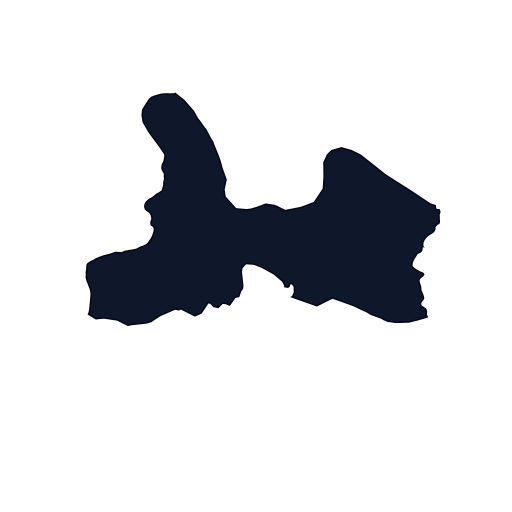 the district of At Tawilah, Al Mahwit, Yemen, rotated 304°
{"feature_id": "15242507B28032401565886", "entity_name": "At Tawilah", "entity_type": "district", "adm_level": 2, "iso_a3": "YEM", "parent_name": "Yemen", "parent_adm1": "Al Mahwit", "projection": "orthographic", "projection_center": [43.765, 15.463], "detail": "fine", "context": "isolated", "style": "filled", "palette": "ink", "viewbox_px": 512, "rotation_deg": 304, "n_neighbors": 0, "source": "geoboundaries", "source_scale": "gbopen_adm2", "svg_char_len": 4693}
<svg xmlns="http://www.w3.org/2000/svg" viewBox="0 0 512 512"><g transform="rotate(304 256 256)"><path d="M397.9,376.4L396.6,371.4L396.5,371.1L396.4,348.6L395.6,318.4L396.0,312.7L396.8,302.9L398.0,286.2L396.6,275.9L393.4,266.3L385.7,259.9L379.9,258.7L375.5,259.4L373.9,259.7L373.7,259.7L373.1,259.8L371.6,260.0L365.6,264.2L359.5,268.4L352.6,272.4L349.4,274.3L348.4,274.3L337.8,274.4L332.8,274.4L321.2,266.1L309.9,254.8L308.8,246.2L308.2,243.1L304.4,235.1L298.2,230.8L292.0,225.8L288.9,222.1L283.8,212.9L287.1,199.8L287.8,197.1L288.3,196.7L293.2,192.2L302.5,188.5L309.9,178.4L313.2,174.8L316.7,170.2L318.9,167.1L322.5,161.7L323.6,160.0L326.7,155.6L327.5,153.3L332.6,143.9L333.9,139.8L335.9,134.7L337.2,130.6L341.0,123.2L344.7,109.1L345.6,98.2L344.9,97.7L344.7,97.6L343.8,96.5L342.9,95.2L342.0,94.1L341.4,92.9L340.6,91.6L339.4,90.0L338.5,88.8L337.6,87.7L336.6,86.6L335.5,85.7L334.4,84.7L334.0,84.4L333.2,83.8L332.1,82.8L330.9,82.0L329.6,81.1L329.2,80.8L326.4,80.0L319.8,80.1L313.7,80.4L308.8,83.1L304.0,87.7L299.2,97.5L296.7,104.3L293.0,114.9L290.2,121.7L289.6,123.3L288.6,124.3L287.3,125.0L286.6,125.3L285.8,125.7L284.4,126.3L283.1,126.8L281.2,127.1L279.7,127.3L278.4,127.8L276.7,128.5L275.6,129.5L274.6,131.1L274.0,132.4L273.3,133.9L271.9,135.0L270.6,135.7L269.3,137.0L267.0,137.9L264.9,138.8L263.7,139.8L261.9,140.4L258.4,141.6L257.5,141.8L256.2,141.3L254.1,140.5L251.9,139.2L250.5,138.8L249.0,138.5L247.8,138.0L246.1,137.4L244.8,136.7L243.5,135.9L242.2,135.6L241.2,135.4L239.2,134.9L237.6,135.1L236.3,135.4L234.9,136.1L233.9,137.1L233.1,138.2L232.8,139.6L232.8,141.1L232.8,142.6L232.5,144.0L232.0,145.3L231.1,146.6L230.2,147.7L228.4,149.3L227.8,149.4L225.6,149.9L223.9,151.1L223.4,151.7L223.2,152.2L223.3,153.4L223.1,154.6L222.4,155.9L221.3,156.9L219.8,157.7L219.7,157.7L218.5,158.3L217.4,158.5L216.6,158.8L215.5,159.0L214.1,159.3L212.6,159.4L211.3,159.6L209.8,159.5L208.4,159.5L206.8,159.5L205.4,159.3L204.3,159.0L204.0,159.0L202.7,158.1L202.4,157.9L201.3,157.4L200.2,156.5L199.2,155.7L197.9,155.0L196.8,154.3L195.5,153.7L194.4,152.9L193.3,151.9L192.1,150.7L190.9,149.4L190.4,148.9L189.8,148.2L188.7,147.1L187.5,145.9L186.5,144.8L185.1,143.9L183.7,143.0L183.3,142.7L183.1,142.6L182.7,141.5L180.4,137.6L178.5,136.2L175.8,134.1L175.2,133.8L173.9,132.4L170.9,129.8L168.2,127.7L167.8,127.5L165.0,125.6L163.0,124.5L161.9,124.2L159.3,122.5L155.7,120.9L154.2,121.0L152.8,121.8L150.9,122.9L149.4,123.6L147.4,124.6L147.1,124.9L145.2,126.2L145.1,126.3L143.3,127.4L141.1,129.8L139.5,132.2L138.7,133.3L136.0,137.2L133.9,139.4L131.5,141.2L118.5,148.3L115.4,149.5L114.1,149.7L114.5,158.5L114.9,158.9L116.8,161.1L117.4,161.8L119.8,164.8L120.0,165.3L125.4,176.6L127.0,188.6L129.6,191.1L137.0,199.9L139.3,202.6L143.3,205.8L145.1,206.4L153.1,209.8L166.8,218.5L168.1,221.8L170.2,223.3L170.3,223.5L171.7,234.6L172.3,238.8L178.1,242.4L184.7,242.4L190.5,242.3L191.6,244.8L190.5,249.3L192.2,253.4L198.0,254.5L199.7,257.2L200.5,261.5L210.1,261.7L212.8,264.3L219.0,262.7L219.9,262.9L221.6,262.9L224.1,261.5L229.3,257.1L234.6,252.6L237.7,251.2L238.2,250.9L244.0,251.7L248.2,258.9L250.1,267.7L251.3,281.1L250.0,292.2L248.1,296.0L246.7,297.1L248.0,299.9L249.6,300.4L251.7,299.5L253.4,301.2L252.1,304.9L247.2,308.3L242.7,309.1L242.2,308.8L248.8,334.3L261.2,341.2L264.0,342.9L269.5,364.5L271.9,379.9L271.9,383.5L274.8,395.2L274.8,397.3L275.6,401.6L279.3,409.2L286.8,419.6L293.2,425.4L299.7,430.8L301.3,432.0L301.9,430.7L303.1,429.5L304.5,428.8L305.9,427.7L306.0,427.5L306.7,426.6L306.9,425.1L306.9,423.7L306.9,422.1L307.0,420.6L307.9,419.3L309.1,418.7L310.5,418.5L311.8,418.6L313.3,418.7L314.7,418.5L315.8,417.4L316.7,416.3L317.8,414.7L318.6,413.6L319.5,412.1L320.5,411.1L321.6,410.3L322.7,409.4L323.7,408.0L324.6,406.9L325.8,405.4L327.1,404.5L328.6,404.2L330.1,404.4L331.4,404.8L332.9,405.3L333.8,405.3L334.3,405.4L335.0,404.2L334.8,402.8L334.4,401.5L334.3,400.1L334.1,398.3L334.0,396.6L334.0,395.3L334.0,393.9L334.2,392.5L334.8,390.7L335.2,390.5L336.7,389.6L338.1,389.1L339.5,388.7L340.4,388.6L340.9,388.5L342.3,388.3L343.1,388.3L343.9,388.3L345.4,388.3L347.1,388.2L348.5,388.2L349.8,389.1L351.0,389.9L352.4,390.2L352.5,390.2L353.8,390.0L355.4,389.1L356.9,388.6L357.6,388.2L357.6,388.6L357.9,388.1L358.4,387.9L359.6,387.2L360.9,386.6L362.8,386.3L364.2,386.3L365.6,386.2L367.2,386.5L368.3,386.8L368.6,386.8L370.0,387.3L371.4,387.9L372.7,388.5L374.1,389.1L375.6,389.5L375.9,389.5L377.1,389.5L378.6,389.0L379.3,388.4L379.7,388.1L381.5,388.0L383.0,388.2L383.2,388.3L384.4,388.9L385.7,389.3L387.0,388.7L388.1,387.9L389.5,386.7L390.7,386.0L391.9,384.9L393.4,384.3L394.9,383.9L396.0,383.1L396.7,381.9L395.9,380.8L395.2,379.6L395.9,378.3L396.8,377.4L397.9,376.4Z" fill="#0f172a" stroke="#020617" stroke-width="1.5"/></g></svg>